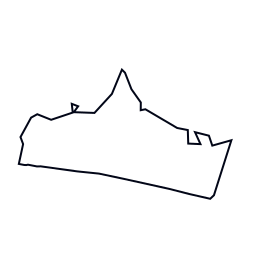 outline of Clay, Tennessee, United States of America, rotated 191°
{"feature_id": "52423323B34914884801854", "entity_name": "Clay", "entity_type": "district", "adm_level": 2, "iso_a3": "USA", "parent_name": "United States of America", "parent_adm1": "Tennessee", "projection": "equal_earth", "projection_center": [-85.51, 36.515], "detail": "fine", "context": "isolated", "style": "outline", "palette": "ink", "viewbox_px": 256, "rotation_deg": 191, "n_neighbors": 0, "source": "geoboundaries", "source_scale": "gbopen_adm2", "svg_char_len": 628}
<svg xmlns="http://www.w3.org/2000/svg" viewBox="0 0 256 256"><g transform="rotate(191 128 128)"><path d="M24.2,135.7L41.9,126.8L47.1,135.9L61.4,136.7L53.8,126.0L65.9,124.2L68.9,137.4L79.8,137.4L114.5,149.7L118.9,147.9L120.3,155.5L132.0,166.7L141.5,181.7L145.1,184.1L150.3,158.4L163.8,136.4L184.2,133.2L181.1,139.8L187.8,141.0L185.2,132.6L205.0,121.4L219.7,124.2L225.1,119.7L231.8,98.6L227.9,92.2L228.3,71.9L222.9,71.9L220.8,72.2L219.2,72.9L210.0,72.9L206.4,73.7L169.9,75.7L167.5,75.9L147.8,77.7L123.8,77.3L123.6,77.3L75.9,76.1L55.4,74.9L33.8,74.2L30.8,78.4L24.2,135.7Z" fill="none" stroke="#020617" stroke-width="2"/></g></svg>